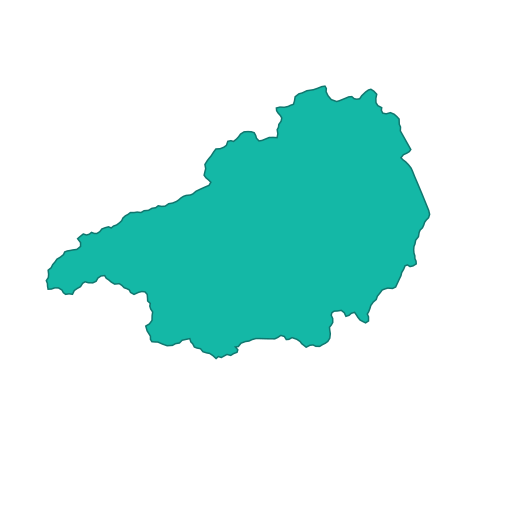 outline of Licínio de Almeida, Bahia, Brazil, rotated 58°
{"feature_id": "56859067B49483599341096", "entity_name": "Licínio de Almeida", "entity_type": "district", "adm_level": 2, "iso_a3": "BRA", "parent_name": "Brazil", "parent_adm1": "Bahia", "projection": "mercator", "projection_center": [-42.478, -14.613], "detail": "fine", "context": "isolated", "style": "filled", "palette": "teal", "viewbox_px": 512, "rotation_deg": 58, "n_neighbors": 0, "source": "geoboundaries", "source_scale": "gbopen_adm2", "svg_char_len": 4179}
<svg xmlns="http://www.w3.org/2000/svg" viewBox="0 0 512 512"><g transform="rotate(58 256 256)"><path d="M196.8,70.8L193.1,73.0L189.5,73.0L185.8,70.8L182.8,67.9L178.7,68.7L175.5,70.2L174.8,72.7L175.0,76.1L176.1,81.4L177.6,84.8L176.4,87.5L174.6,89.4L171.6,90.3L170.2,93.0L169.3,98.5L168.5,103.1L167.7,105.8L163.2,109.3L158.2,110.0L153.8,109.5L151.2,107.6L148.5,107.5L147.2,110.5L146.4,115.0L145.4,119.2L142.8,125.3L142.2,130.4L141.2,133.7L141.7,138.4L145.1,141.4L147.2,143.9L146.5,146.8L146.2,149.5L144.9,153.2L142.4,156.8L141.3,160.3L143.7,161.5L146.5,161.5L149.8,160.9L152.6,161.0L155.0,163.3L156.5,166.9L158.8,168.8L160.1,171.1L163.9,172.7L166.8,175.4L164.6,178.5L162.5,182.0L161.2,189.6L160.0,192.5L156.4,193.2L153.6,192.4L150.5,192.2L148.2,194.1L146.3,196.8L144.4,200.3L144.4,204.5L145.7,207.6L146.5,210.5L146.9,214.4L144.9,216.2L143.8,219.1L146.5,222.5L146.7,225.7L146.0,229.6L144.0,233.3L145.3,236.7L147.3,240.9L148.2,243.7L149.2,246.5L151.3,250.8L155.3,252.4L157.9,255.1L160.0,257.2L163.2,257.0L166.1,256.0L169.5,255.2L171.2,258.4L170.4,263.5L169.8,268.0L169.3,272.5L169.9,276.8L169.5,279.3L167.6,283.2L167.0,285.9L167.0,288.9L167.5,291.9L167.6,294.6L166.9,298.7L165.4,302.3L165.6,306.7L163.9,309.8L161.6,312.3L161.9,315.5L160.4,319.0L160.3,323.0L158.3,326.9L158.2,330.5L155.8,333.5L154.5,336.5L152.6,339.5L152.9,342.4L152.7,345.5L153.3,348.8L154.9,351.2L155.5,354.0L155.8,357.8L155.1,361.0L155.5,363.9L153.1,365.6L152.1,368.9L151.4,372.4L152.6,375.6L152.6,379.0L151.1,381.3L148.8,383.0L149.2,385.7L148.4,388.6L145.8,390.8L146.3,395.1L146.8,398.1L151.7,397.7L154.9,399.7L155.5,404.4L153.8,408.1L152.8,410.8L151.7,413.4L151.2,416.1L152.8,418.5L153.3,422.4L153.2,426.5L154.5,429.5L155.6,433.0L157.4,435.9L157.9,439.8L161.5,441.5L164.2,443.5L165.8,446.9L168.7,447.4L171.2,448.8L174.0,449.9L175.6,447.0L176.4,443.5L178.4,440.4L182.1,438.6L185.0,438.8L187.6,437.8L189.0,434.6L191.2,431.9L189.0,428.4L188.8,425.1L189.0,421.1L187.3,417.5L187.3,414.6L189.8,412.4L192.3,408.6L192.7,405.0L190.9,401.7L190.8,398.0L192.4,394.7L195.5,394.8L198.1,393.6L201.4,392.6L204.9,390.8L207.0,386.6L209.9,385.3L213.1,384.6L215.3,382.8L217.7,381.4L220.4,381.7L223.9,379.8L224.6,374.7L225.6,371.7L227.5,369.2L230.9,368.6L234.4,370.4L236.7,371.7L240.2,370.8L242.2,372.6L245.2,373.4L248.7,373.3L251.4,375.6L255.5,378.3L257.1,382.4L257.0,386.6L261.8,388.0L264.6,388.0L268.0,388.0L270.8,389.7L273.5,389.7L275.1,387.6L277.0,384.8L281.1,382.0L285.0,378.9L287.5,374.2L287.7,370.7L289.2,367.0L288.3,363.3L289.6,359.6L291.0,355.9L294.3,356.8L296.9,356.2L300.5,356.5L302.7,354.9L305.2,352.2L309.1,351.7L312.1,349.1L314.1,346.9L317.7,345.3L321.8,344.2L321.3,341.2L323.7,339.2L323.9,335.8L324.1,332.8L326.9,330.1L326.9,326.7L327.6,323.1L325.9,321.1L322.2,321.7L323.4,319.0L322.0,314.9L322.9,310.4L324.4,307.0L324.8,303.6L325.9,299.9L327.9,296.7L329.7,294.0L331.1,291.9L333.0,289.0L334.7,286.3L336.2,284.0L336.6,280.8L336.5,277.0L339.3,274.6L342.9,274.6L344.1,272.3L344.3,268.7L348.3,265.5L351.9,263.9L354.6,263.7L357.0,262.8L359.9,261.8L360.3,257.5L361.7,254.7L364.3,253.1L366.4,249.9L366.4,246.5L366.7,243.5L366.5,240.4L364.8,237.0L361.3,234.2L357.8,232.7L355.3,231.4L354.5,228.9L353.0,226.1L349.7,224.1L346.1,223.6L344.3,221.7L344.2,218.9L345.7,216.2L347.3,212.5L350.8,211.2L354.8,211.7L355.6,208.6L355.1,205.6L356.0,202.3L359.1,202.1L361.9,202.1L365.4,201.7L367.9,200.3L370.8,198.5L370.7,195.0L367.2,192.8L364.2,192.4L363.0,190.0L360.7,187.0L358.8,184.9L357.2,181.0L356.6,177.1L354.4,174.4L353.1,170.6L351.7,167.0L352.2,164.3L353.0,161.3L355.9,157.4L356.3,154.0L351.2,146.2L349.5,143.5L347.3,141.3L345.4,137.7L343.3,134.8L343.8,132.3L346.6,131.0L347.6,128.1L347.6,124.3L345.1,123.0L342.3,122.6L340.0,121.2L337.2,120.5L334.3,119.0L331.6,117.0L330.1,114.9L327.2,112.2L325.7,108.0L322.5,105.2L321.0,103.1L320.3,99.9L318.6,97.3L316.8,95.2L315.7,92.5L315.0,89.4L312.7,86.7L308.9,85.4L291.6,82.4L278.7,80.3L272.8,79.4L266.8,78.3L263.6,77.9L259.6,78.3L255.4,79.2L252.3,80.4L249.5,81.0L248.2,77.3L248.7,73.6L248.7,70.6L247.7,68.3L226.4,67.3L223.2,65.1L220.2,64.7L215.7,62.1L212.3,62.7L209.0,63.7L205.7,66.0L204.4,70.3L202.0,72.8L198.9,72.5L196.8,70.8Z" fill="#14b8a6" stroke="#0f766e" stroke-width="1.5"/></g></svg>